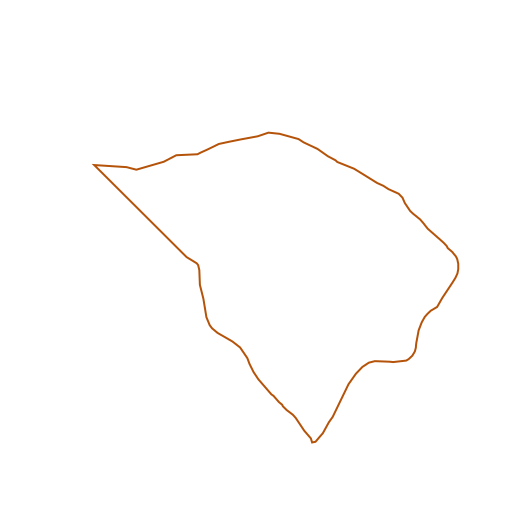 the district of Todos Santos Cuchumatán, Huehuetenango, Guatemala, rotated 32°
{"feature_id": "79465075B37558522420753", "entity_name": "Todos Santos Cuchumatán", "entity_type": "district", "adm_level": 2, "iso_a3": "GTM", "parent_name": "Guatemala", "parent_adm1": "Huehuetenango", "projection": "albers", "projection_center": [-91.561, 15.562], "detail": "fine", "context": "isolated", "style": "outline", "palette": "amber", "viewbox_px": 512, "rotation_deg": 32, "n_neighbors": 0, "source": "geoboundaries", "source_scale": "gbopen_adm2", "svg_char_len": 1422}
<svg xmlns="http://www.w3.org/2000/svg" viewBox="0 0 512 512"><g transform="rotate(32 256 256)"><path d="M436.6,203.2L436.2,192.7L436.7,174.6L436.7,168.9L436.1,164.1L434.5,160.0L431.7,155.5L428.5,152.2L427.1,151.2L425.2,150.2L422.6,149.4L420.5,148.6L414.4,147.7L412.5,146.5L408.0,145.3L387.3,141.9L382.5,140.2L381.0,139.6L375.8,138.0L366.8,136.9L362.8,136.1L354.1,132.2L349.3,128.9L344.0,127.6L332.9,129.1L326.7,129.0L320.0,129.9L293.0,130.0L275.1,133.2L272.8,132.7L264.1,133.3L251.6,132.6L236.1,134.4L230.1,134.3L211.2,139.9L201.2,144.8L194.0,153.6L181.3,165.2L172.2,173.8L165.1,180.7L158.3,191.6L154.1,197.9L152.5,200.7L135.0,212.8L127.8,225.0L108.8,246.2L104.4,247.6L99.2,249.2L71.9,263.9L70.6,264.6L113.0,274.3L197.7,293.7L209.7,293.6L211.8,294.4L215.4,298.0L223.7,310.2L234.0,320.1L246.4,334.2L253.4,339.2L257.0,340.6L264.1,341.6L281.4,341.0L291.0,342.0L302.8,347.2L307.6,350.9L315.4,355.7L323.3,359.3L342.4,365.2L344.9,365.3L352.7,367.7L357.0,368.3L358.4,369.2L363.7,370.4L371.4,371.1L375.5,372.3L389.5,378.6L399.2,381.6L402.4,384.4L404.9,382.0L405.9,375.2L406.6,370.8L405.9,358.4L406.3,351.8L402.4,315.8L403.1,303.0L405.0,293.7L408.2,286.7L412.5,282.2L420.5,277.6L425.6,274.7L428.5,273.3L438.8,265.1L440.1,262.6L441.4,257.7L441.3,252.8L440.2,249.2L438.9,246.7L437.9,244.5L435.0,237.1L433.3,232.8L431.7,224.4L431.4,218.2L432.1,214.1L433.2,209.8L436.6,203.2Z" fill="none" stroke="#b45309" stroke-width="2"/></g></svg>